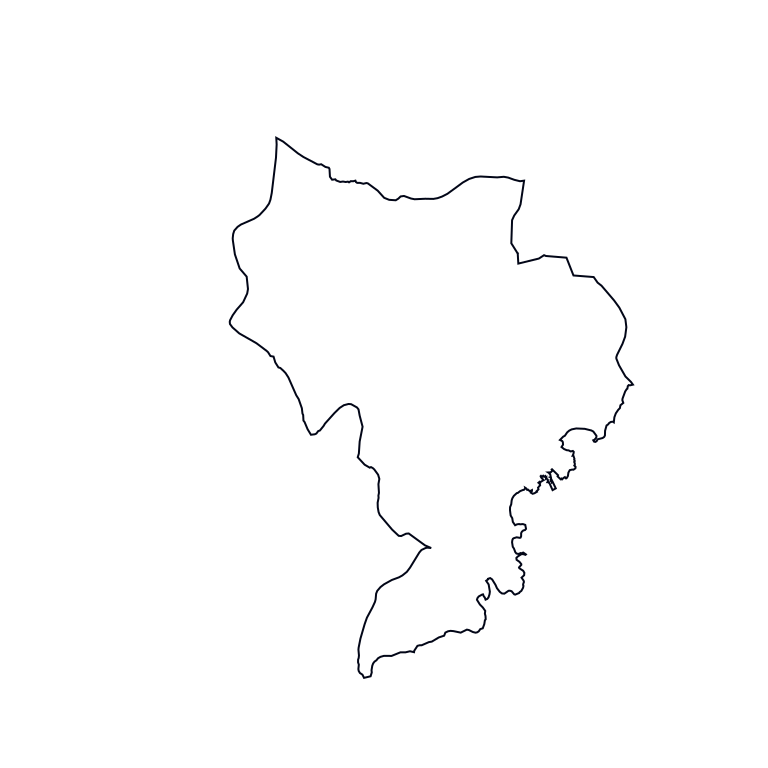 Kota Bima, Nusa Tenggara Barat, Indonesia (Robinson projection), rotated 217°
{"feature_id": "22746128B33789977192923", "entity_name": "Kota Bima", "entity_type": "district", "adm_level": 2, "iso_a3": "IDN", "parent_name": "Indonesia", "parent_adm1": "Nusa Tenggara Barat", "projection": "robinson", "projection_center": [118.763, -8.441], "detail": "fine", "context": "isolated", "style": "outline", "palette": "ink", "viewbox_px": 768, "rotation_deg": 217, "n_neighbors": 0, "source": "geoboundaries", "source_scale": "gbopen_adm2", "svg_char_len": 6166}
<svg xmlns="http://www.w3.org/2000/svg" viewBox="0 0 768 768"><g transform="rotate(217 384 384)"><path d="M223.1,137.3L218.8,142.5L220.2,146.3L221.7,147.9L223.8,151.9L224.5,154.3L224.5,156.6L223.8,158.7L223.7,161.4L222.6,164.0L220.4,166.9L214.3,171.4L209.4,179.6L205.3,182.7L202.4,186.2L198.6,187.9L199.3,189.1L199.7,195.0L198.3,196.8L196.7,198.0L192.8,204.9L190.8,207.0L187.7,214.6L184.5,219.2L185.4,222.4L184.0,225.1L182.3,226.9L179.7,228.5L173.1,231.6L170.0,237.7L168.1,238.6L163.8,239.4L161.2,240.5L160.1,241.8L159.5,243.5L159.6,246.2L158.1,248.3L159.4,252.6L161.2,256.0L161.2,257.3L163.3,259.8L165.2,261.3L166.6,263.7L170.6,265.0L174.7,265.6L179.9,267.6L180.5,269.2L180.5,271.3L178.9,274.9L178.3,275.6L176.4,274.4L175.1,274.2L173.1,272.9L172.2,274.5L172.1,276.4L173.2,279.6L174.5,281.9L179.8,286.9L184.0,288.3L183.3,290.6L183.7,291.0L182.4,292.9L180.0,293.0L174.1,290.7L170.9,288.9L166.5,287.7L163.8,287.7L161.7,289.0L160.1,293.8L159.0,294.7L157.4,295.3L153.5,294.4L152.5,294.7L150.3,298.4L150.4,299.4L149.8,301.4L150.3,304.9L151.1,306.7L152.0,307.2L152.6,308.4L153.1,310.1L154.2,311.0L157.6,312.1L157.0,315.6L158.3,317.7L160.4,318.6L165.0,318.3L165.8,318.8L165.5,322.2L166.0,322.8L168.8,323.5L172.3,323.4L173.6,324.7L173.4,326.6L172.0,330.5L170.7,331.8L168.2,332.7L168.1,333.3L171.3,333.2L172.0,332.3L171.9,331.5L172.7,331.0L173.2,331.1L174.3,329.2L176.2,328.3L177.9,328.7L181.2,330.8L183.2,331.5L186.5,334.7L187.6,336.7L187.9,338.0L187.6,338.9L185.8,341.4L182.9,342.9L182.5,343.6L182.9,345.0L184.7,347.4L185.0,349.0L184.6,350.9L183.5,352.2L183.4,353.8L186.4,356.5L188.8,355.7L190.9,353.8L191.8,353.5L193.3,352.0L194.3,350.1L198.1,351.4L200.8,354.0L203.7,355.2L207.4,359.0L209.2,361.5L210.0,364.5L212.0,367.9L212.7,369.9L213.0,372.8L212.3,376.7L211.6,377.5L210.8,380.4L209.3,382.9L208.6,383.6L208.3,385.7L208.8,386.1L207.7,386.2L205.9,385.6L205.5,386.3L202.5,386.1L202.5,387.2L202.0,388.3L201.5,387.7L201.2,385.6L199.2,385.8L198.1,387.3L197.0,389.9L197.6,390.1L197.2,392.8L198.6,393.9L198.4,397.0L198.9,397.2L199.2,398.1L201.2,398.1L200.9,399.6L200.1,399.6L198.7,403.3L201.3,403.7L202.3,404.0L202.7,404.2L204.1,405.0L203.5,404.7L203.4,405.1L202.1,404.9L201.8,406.1L201.5,406.0L201.3,406.6L200.5,406.2L200.0,406.5L199.7,407.5L198.3,406.5L198.2,406.9L197.8,406.2L197.7,406.7L196.8,406.5L196.7,406.9L196.7,406.5L196.3,406.2L196.0,406.6L196.2,406.2L195.5,406.1L194.6,405.1L194.4,404.0L193.5,404.7L193.1,404.3L192.2,404.4L185.5,400.7L184.0,404.0L190.3,407.3L190.6,406.5L191.5,407.6L191.7,407.3L192.6,407.5L192.7,407.1L193.2,407.6L192.9,408.2L193.3,408.2L193.7,409.2L194.3,409.7L195.0,409.6L194.7,410.0L196.9,411.9L198.0,412.0L198.4,411.3L198.3,412.3L199.6,412.2L197.8,413.7L197.6,414.5L197.4,415.7L197.7,416.3L198.6,416.6L198.5,417.0L190.1,415.9L189.8,414.7L185.6,414.2L185.4,415.2L184.4,415.0L184.1,417.0L183.5,418.5L182.1,418.0L181.6,418.4L181.5,419.2L181.8,421.3L183.4,424.2L183.8,427.0L182.2,428.9L181.1,429.6L180.4,431.8L181.1,433.1L182.9,433.4L182.9,434.2L183.9,435.5L185.2,436.2L185.3,437.3L186.6,438.0L186.8,438.8L189.7,440.8L190.2,440.3L190.7,442.3L191.6,444.0L192.9,444.2L194.3,442.5L196.6,442.1L198.2,441.1L201.1,440.4L204.3,440.5L204.5,443.3L206.2,445.2L207.3,445.7L209.8,445.2L209.2,449.8L208.4,451.5L208.6,455.6L208.0,458.3L206.8,460.7L203.7,464.2L196.7,469.0L190.4,471.7L188.2,472.0L183.2,470.5L182.5,469.6L182.2,468.1L182.4,466.0L183.0,465.0L181.6,464.4L180.4,464.9L179.8,466.2L180.1,468.4L176.9,472.4L176.3,474.3L176.6,475.9L179.3,479.7L181.3,484.8L180.7,486.6L180.7,488.4L180.0,490.2L178.5,491.7L177.4,491.7L180.0,496.1L181.2,500.1L181.4,504.3L181.1,506.7L182.4,509.3L181.5,512.9L183.9,514.5L184.7,515.9L186.9,523.2L187.1,526.0L186.8,526.7L188.0,529.0L187.9,530.4L186.8,530.9L184.8,533.3L188.1,534.3L195.7,535.3L207.6,540.4L213.7,544.1L214.6,545.2L215.4,547.5L217.7,559.6L219.9,566.9L224.6,575.2L230.2,581.0L242.0,586.6L250.5,589.2L269.4,593.4L274.4,593.5L280.9,595.6L298.0,584.7L314.3,594.7L331.7,583.7L333.7,583.2L335.8,577.4L349.2,561.0L355.9,568.9L356.8,568.5L356.3,568.9L367.0,573.0L380.3,591.9L381.4,596.9L381.6,604.7L383.1,609.7L394.5,630.7L397.4,627.8L402.8,625.5L409.0,623.6L413.0,621.6L418.0,617.1L431.8,607.8L435.7,604.3L439.4,599.0L442.3,592.4L447.8,574.1L450.4,568.7L453.1,564.6L456.0,561.5L462.5,556.8L470.7,550.0L474.0,548.4L481.2,546.2L483.6,543.8L484.1,540.7L485.2,537.8L490.7,534.2L495.9,532.8L505.3,534.6L517.7,534.5L519.0,533.9L521.0,531.5L524.2,530.2L526.5,528.5L527.9,528.4L529.2,529.2L530.6,527.4L532.6,526.0L533.3,524.0L534.6,523.9L536.1,522.3L538.6,521.0L540.6,519.0L544.6,517.8L546.0,518.2L548.4,515.9L551.9,517.0L556.9,522.9L558.2,523.5L561.4,522.1L566.4,521.7L567.9,520.1L569.5,519.3L585.0,516.8L591.6,516.4L610.4,516.9L618.2,515.8L613.9,510.7L606.5,499.8L588.6,469.0L585.6,462.8L584.4,458.9L584.2,452.7L585.1,444.1L585.7,441.9L587.2,437.8L594.2,425.3L595.5,421.4L595.9,416.4L594.7,413.0L592.5,409.3L591.1,407.7L581.1,397.8L568.8,389.4L558.3,387.1L549.8,378.0L547.7,373.9L545.7,364.5L546.4,354.7L546.2,347.8L545.3,342.3L544.6,340.8L543.1,339.2L539.1,338.0L530.1,337.3L510.4,339.8L497.6,339.8L495.7,339.6L491.5,338.0L488.7,339.4L483.8,335.8L478.3,333.7L476.4,334.4L472.2,334.0L469.2,333.5L464.3,331.7L447.3,322.2L443.1,320.6L435.0,315.2L431.3,311.3L429.9,310.6L426.3,306.3L424.5,305.8L417.8,301.9L411.8,299.5L409.0,302.2L408.2,303.7L408.2,306.8L407.2,308.3L407.0,314.2L407.3,316.8L406.1,330.9L405.0,338.2L403.3,342.9L400.3,346.7L398.1,348.1L391.5,349.0L389.1,348.4L384.4,344.1L375.4,337.0L368.8,323.4L362.2,313.3L360.9,309.7L350.9,307.9L345.0,308.6L344.4,309.8L342.3,310.1L340.3,309.9L334.1,308.0L330.6,305.4L328.2,300.7L322.5,294.0L321.3,291.5L319.8,289.8L317.6,285.3L314.7,281.7L311.3,278.5L308.5,276.8L289.9,272.6L280.9,271.6L278.8,272.9L276.3,277.7L274.3,279.5L254.2,279.8L247.6,281.4L251.0,279.3L252.1,278.0L254.2,274.0L254.4,270.7L252.7,253.1L252.7,247.7L254.1,242.2L255.7,238.6L259.8,232.2L263.4,224.1L264.6,219.7L264.9,214.7L264.1,211.8L261.1,207.0L260.1,204.6L258.8,198.7L257.0,187.1L254.9,180.5L249.6,166.5L245.6,158.2L244.5,156.4L240.6,152.1L239.3,149.9L238.8,148.3L237.2,146.1L235.2,144.7L232.9,140.9L231.5,139.6L229.3,138.7L226.3,138.9L223.1,137.3Z" fill="none" stroke="#020617" stroke-width="2"/></g></svg>